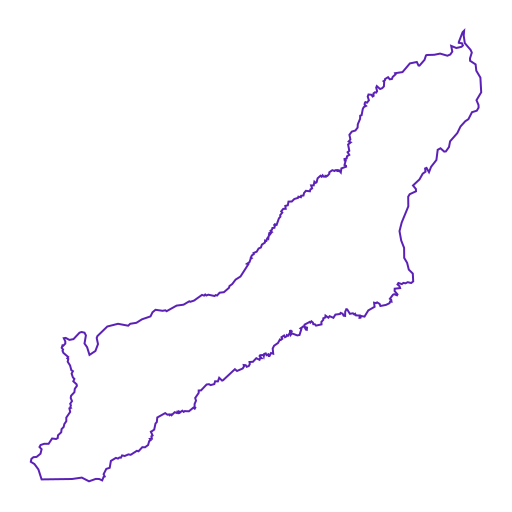 Feliz Natal, Mato Grosso, Brazil
{"feature_id": "56859067B37239416580706", "entity_name": "Feliz Natal", "entity_type": "district", "adm_level": 2, "iso_a3": "BRA", "parent_name": "Brazil", "parent_adm1": "Mato Grosso", "projection": "robinson", "projection_center": [-54.221, -11.85], "detail": "fine", "context": "isolated", "style": "outline", "palette": "violet", "viewbox_px": 512, "rotation_deg": 0, "n_neighbors": 0, "source": "geoboundaries", "source_scale": "gbopen_adm2", "svg_char_len": 5997}
<svg xmlns="http://www.w3.org/2000/svg" viewBox="0 0 512 512"><path d="M304.4,326.9L304.6,324.6L309.7,321.9L310.3,322.6L311.4,321.3L312.9,322.6L313.3,324.2L314.9,324.3L316.0,325.6L321.5,324.4L321.4,321.9L323.3,319.8L323.3,318.3L325.3,317.5L325.5,315.6L328.4,317.7L329.6,316.2L333.4,317.8L335.4,314.6L340.0,314.0L340.6,312.9L342.6,313.7L343.6,315.7L345.1,315.9L345.2,311.8L346.3,309.2L347.2,309.4L349.9,313.8L352.9,313.3L354.3,314.5L355.1,313.8L356.0,315.4L359.8,315.5L359.5,317.8L360.5,317.7L361.1,316.0L364.5,316.6L368.3,310.4L374.6,306.8L374.1,302.7L376.1,303.1L377.1,302.4L379.6,303.9L380.4,306.0L386.0,304.9L389.5,303.2L390.1,301.5L391.5,301.7L391.2,299.8L389.9,298.8L393.0,294.7L394.2,294.2L397.0,295.3L397.5,294.4L394.6,291.0L394.7,288.7L400.1,288.1L399.5,286.2L397.5,284.4L398.4,283.0L401.9,284.1L403.4,282.9L405.5,283.3L407.7,282.2L411.2,283.0L413.2,281.4L412.8,273.6L408.8,269.6L407.1,262.8L404.2,257.9L404.1,247.9L401.2,240.5L399.5,231.1L401.7,222.5L408.3,206.4L408.2,196.7L409.7,194.2L416.0,191.3L415.9,189.0L413.0,185.5L419.5,179.4L422.7,173.7L425.5,171.7L425.1,168.5L426.5,167.9L429.0,172.2L431.1,166.8L436.4,160.0L437.7,149.8L440.5,148.3L444.2,151.6L445.9,151.4L449.0,147.0L450.1,141.3L457.3,133.1L460.5,126.5L465.3,121.2L468.4,119.2L472.0,112.2L476.8,110.7L478.6,107.6L478.5,105.0L476.5,100.2L481.2,92.3L480.4,77.6L476.3,70.7L475.6,64.4L470.1,60.8L470.0,58.4L471.8,52.6L470.6,49.9L464.8,43.1L463.7,35.6L464.1,30.7L462.6,32.2L458.8,42.1L458.8,42.8L462.0,43.3L462.9,45.5L461.5,46.8L456.3,48.0L451.2,45.9L452.3,51.6L450.3,54.5L447.4,55.7L440.1,53.6L434.2,54.8L426.9,55.0L426.0,55.4L424.5,59.9L419.5,65.6L418.5,65.5L416.8,62.0L409.9,63.4L402.5,72.1L395.1,73.2L395.6,74.3L392.7,76.9L391.9,79.0L389.7,79.3L388.1,77.2L385.1,79.0L384.9,80.3L383.5,81.2L384.2,82.0L383.9,86.4L382.2,88.2L380.1,89.0L376.8,86.1L376.2,87.6L377.1,91.2L376.2,92.6L374.9,92.3L373.5,93.4L373.6,95.9L372.6,96.5L371.5,94.8L368.5,94.5L367.7,96.6L368.9,100.3L367.0,102.7L365.4,102.1L364.8,103.0L364.6,104.7L366.0,105.9L363.8,107.1L362.8,108.9L361.6,115.2L360.2,115.7L360.1,118.8L357.8,124.3L357.6,127.6L355.4,130.5L351.8,131.6L349.4,134.8L350.4,139.4L348.7,141.5L350.7,142.4L348.1,144.5L349.3,150.8L347.6,152.2L349.3,154.9L347.0,156.3L346.7,158.4L344.5,159.0L344.7,160.5L345.7,160.6L344.5,165.0L346.0,165.8L346.1,166.7L341.4,168.4L340.8,172.5L339.1,170.5L338.3,171.1L337.4,171.0L337.5,170.1L335.3,170.2L334.6,171.0L332.3,170.2L329.3,172.3L329.3,173.8L327.4,175.9L325.6,175.8L325.7,176.7L323.5,176.6L322.6,175.3L321.6,176.7L320.5,175.7L317.6,178.3L316.6,182.3L315.7,182.9L314.4,181.7L313.7,185.4L311.1,185.4L312.1,188.4L310.4,189.4L309.9,191.3L305.9,190.8L304.0,193.1L303.5,195.5L301.1,195.8L300.9,197.2L298.4,196.7L298.0,197.9L294.3,199.0L291.8,201.5L288.5,201.6L287.8,205.3L285.3,205.9L285.7,208.8L283.2,208.9L281.2,211.4L282.3,212.6L280.2,215.1L280.4,216.7L278.9,218.4L276.6,224.9L274.9,224.2L274.2,225.0L274.9,225.9L274.4,227.8L272.4,228.0L272.0,229.7L270.6,230.8L271.8,232.0L269.3,233.0L269.1,234.0L270.4,233.9L268.6,236.2L268.3,238.6L267.6,237.9L267.1,238.6L266.4,240.9L265.1,240.5L264.9,242.6L261.9,244.6L260.9,247.5L258.6,248.5L256.7,251.7L253.5,253.0L253.8,254.1L251.8,255.5L250.8,257.7L251.6,258.2L250.6,258.9L249.5,262.1L247.0,263.8L248.3,264.3L240.5,276.5L235.6,279.6L232.2,284.1L229.5,286.0L229.0,287.8L223.9,292.2L219.6,292.7L217.1,295.5L215.7,295.1L214.6,296.0L208.3,294.7L206.3,295.5L205.2,294.5L204.1,295.6L202.0,294.9L194.0,300.6L190.2,301.8L189.3,301.3L183.5,304.7L176.6,305.6L166.6,311.2L165.4,310.3L162.6,310.8L155.5,309.8L152.5,312.3L150.5,316.4L142.0,319.3L136.4,322.8L130.2,323.8L128.2,325.7L118.0,323.8L107.3,326.5L97.4,336.1L96.7,338.0L98.0,344.1L95.4,351.0L89.5,354.9L87.1,347.2L84.5,343.5L85.9,335.4L84.5,332.7L81.6,332.0L79.5,332.7L73.5,339.1L69.4,339.9L65.7,337.9L63.8,338.2L65.3,341.4L65.3,343.6L63.2,345.8L62.5,345.4L61.7,347.8L63.1,349.6L62.5,350.8L63.4,352.9L68.2,357.0L67.3,358.3L68.3,359.0L67.7,361.7L70.1,365.5L71.3,370.1L72.9,371.2L71.6,373.6L72.9,377.4L74.4,378.9L73.3,381.3L76.6,384.3L76.9,385.9L74.8,388.8L74.4,392.2L71.1,395.7L70.7,398.0L72.0,401.1L70.2,403.8L70.9,405.3L70.3,407.3L70.8,407.9L69.4,408.4L70.2,411.9L66.3,417.6L66.3,421.2L64.3,424.1L63.7,426.9L61.6,429.1L61.2,432.3L58.0,435.3L57.7,438.1L56.1,439.0L52.1,438.5L48.6,443.8L44.2,443.8L40.6,445.0L39.5,447.0L41.6,449.2L40.5,453.7L36.6,456.9L33.4,457.2L31.4,458.9L30.8,461.8L34.4,464.0L38.4,469.4L41.6,479.4L72.0,479.0L81.8,477.6L89.0,481.3L95.8,478.9L99.2,479.0L102.2,480.4L103.6,476.9L104.7,476.5L103.6,474.2L106.3,468.9L109.7,467.8L110.9,460.9L115.9,457.9L118.0,458.6L119.4,457.5L120.9,457.7L122.1,455.4L124.7,456.0L128.4,454.4L130.7,454.8L136.9,450.8L138.5,451.3L142.3,447.2L145.0,447.3L148.1,445.0L149.2,441.1L150.6,440.2L149.9,438.9L151.9,438.7L151.4,436.3L152.6,435.5L150.5,431.0L151.2,431.7L154.2,429.6L155.5,423.5L156.8,422.1L157.3,417.5L165.2,413.1L167.4,414.7L169.2,414.4L169.6,415.2L171.0,414.4L171.6,415.2L174.7,412.2L176.9,413.0L177.3,411.9L178.7,413.2L179.4,413.0L179.1,411.5L180.6,412.0L182.3,410.7L183.7,411.9L184.7,411.1L188.9,411.3L193.3,407.7L194.7,408.7L195.3,407.7L194.6,407.1L194.6,404.0L196.0,400.7L195.2,398.0L198.7,392.9L198.7,390.5L201.0,390.4L206.6,384.5L209.0,384.2L210.6,385.1L214.3,384.1L215.1,381.3L217.9,381.4L219.2,377.8L222.1,380.6L223.1,380.2L234.9,369.2L237.0,371.0L242.7,368.5L244.0,366.4L243.7,365.0L245.7,365.2L246.7,366.8L248.8,366.0L249.8,364.1L249.5,362.0L252.9,361.8L256.3,358.2L259.5,359.8L260.0,358.3L261.6,358.2L259.6,356.0L260.2,355.2L263.4,355.0L263.8,356.1L264.2,353.9L265.7,353.4L266.5,355.2L268.3,354.3L268.7,356.0L269.5,356.0L271.0,353.0L273.2,353.7L272.7,348.5L274.1,345.7L278.0,343.0L279.9,339.5L280.7,340.0L282.3,338.8L281.5,337.2L284.1,335.5L285.0,337.2L286.6,336.3L286.9,335.1L288.1,335.7L290.0,332.6L290.0,330.9L290.9,330.7L291.7,331.3L290.5,333.1L290.7,334.9L291.9,333.4L297.3,335.4L299.5,335.0L301.4,329.0L300.5,328.4L303.4,326.4L304.4,326.9ZM304.4,326.9L305.9,329.6L306.8,329.8L307.0,327.6L304.4,326.9Z" fill="none" stroke="#5b21b6" stroke-width="2"/></svg>